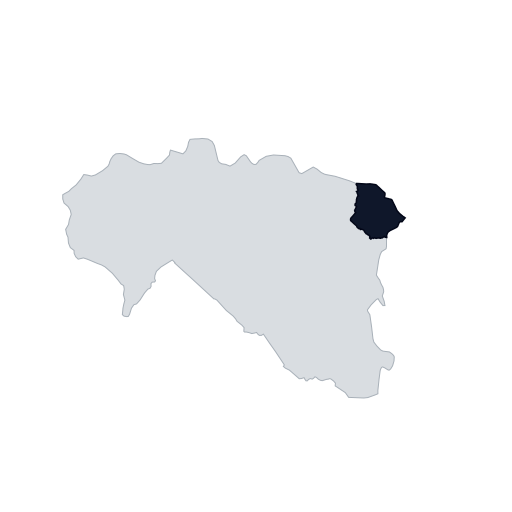 Oudalan, Oudalan, Burkina Faso (highlighted), rotated 43°
{"feature_id": "67063806B71789570765121", "entity_name": "Oudalan", "entity_type": "district", "adm_level": 2, "iso_a3": "BFA", "parent_name": "Burkina Faso", "parent_adm1": "Oudalan", "projection": "mercator", "projection_center": [-0.376, 14.623], "detail": "fine", "context": "in_parent", "style": "filled", "palette": "ink", "viewbox_px": 512, "rotation_deg": 43, "n_neighbors": 0, "source": "geoboundaries", "source_scale": "gbopen_adm2", "svg_char_len": 7439}
<svg xmlns="http://www.w3.org/2000/svg" viewBox="0 0 512 512"><g transform="rotate(43 256 256)"><path d="M370.2,316.3L358.3,316.7L353.9,318.0L351.3,318.1L351.2,317.0L350.9,316.3L335.9,312.7L325.3,310.5L314.7,308.1L314.1,310.3L312.5,311.8L310.2,311.9L308.6,311.5L307.5,313.3L305.8,315.6L303.3,316.7L300.9,318.1L299.5,319.4L298.5,319.4L296.1,316.5L292.8,316.2L286.7,316.7L284.0,315.9L280.3,315.5L271.5,316.1L257.4,314.9L255.1,315.5L254.5,316.1L240.6,316.2L225.2,316.3L212.4,316.5L201.2,316.6L201.2,316.1L197.6,316.0L197.2,317.0L194.0,328.8L193.6,335.1L195.3,339.1L197.2,341.6L199.4,342.7L199.6,344.1L197.9,345.9L198.0,347.8L200.0,349.8L200.5,351.8L199.5,354.0L199.7,359.1L201.2,367.2L201.3,372.5L199.9,374.9L200.5,379.1L203.3,384.9L203.8,387.4L202.8,388.5L200.5,390.0L198.2,390.0L195.5,386.4L194.3,384.9L192.1,381.3L190.2,377.7L187.7,376.1L185.3,374.6L182.3,370.1L179.4,367.9L176.3,368.5L171.8,367.7L162.8,366.6L153.1,366.9L149.1,367.9L145.1,369.6L135.0,373.3L131.1,375.1L128.1,379.6L124.6,379.5L121.2,378.1L119.1,376.0L114.5,376.5L110.0,374.4L105.7,370.5L102.6,369.2L98.6,366.3L97.4,360.8L94.9,357.0L92.5,351.6L89.0,349.2L85.0,348.0L79.5,348.2L75.8,346.1L72.9,343.0L73.7,340.3L75.0,336.4L75.1,332.7L76.0,326.7L75.5,319.2L74.5,313.9L77.5,311.8L81.1,309.8L83.3,306.2L85.6,298.2L86.5,291.3L85.8,288.7L84.7,286.7L83.7,283.7L83.2,280.1L83.8,276.9L86.5,273.9L89.9,271.4L92.3,270.3L98.6,269.0L106.5,267.2L111.1,265.1L114.4,263.0L116.3,261.4L118.2,258.0L121.2,255.4L123.6,252.7L123.9,245.4L123.9,241.2L122.2,238.9L121.2,236.9L132.9,231.1L133.0,227.0L131.4,222.5L129.1,218.8L128.2,215.7L131.5,212.0L134.4,209.2L136.4,206.8L141.1,203.2L145.9,202.2L150.2,203.6L163.1,212.1L165.3,212.6L168.0,212.0L171.3,209.7L175.7,208.0L177.4,202.3L177.2,193.9L178.2,190.0L180.5,189.3L187.9,190.9L189.8,191.0L192.0,190.5L193.5,189.0L193.5,186.3L193.1,183.9L195.5,176.1L199.9,170.2L208.8,162.9L211.6,161.4L214.8,160.7L230.7,165.7L233.3,164.5L237.2,151.9L241.5,150.8L246.7,150.5L250.1,149.5L251.8,148.6L259.4,143.8L272.8,137.4L280.0,134.6L281.4,133.5L286.5,128.9L293.3,123.7L297.7,122.6L303.7,122.2L307.5,123.1L308.5,124.6L309.8,125.3L317.6,123.1L328.9,126.7L338.6,130.2L337.9,132.4L337.9,136.3L337.1,142.6L336.1,150.0L340.1,154.8L344.9,160.0L346.2,162.0L344.9,167.1L345.8,170.1L348.4,175.1L352.7,181.4L357.1,187.9L360.2,188.7L363.1,189.3L364.9,190.4L367.5,191.5L370.1,192.3L372.3,193.7L373.8,195.1L375.6,199.1L380.6,201.7L384.1,204.3L382.7,205.7L378.3,205.1L374.3,204.0L373.7,205.9L373.5,213.2L374.2,219.3L375.2,220.2L379.3,221.3L389.1,229.2L397.9,236.7L400.9,238.6L405.8,239.4L411.3,239.7L413.7,239.0L419.0,235.2L421.9,234.8L424.5,234.9L425.9,235.5L428.5,238.6L430.8,243.2L431.5,246.7L431.3,248.5L430.5,249.2L426.1,250.1L424.2,250.8L423.8,251.8L424.4,254.1L425.3,255.6L430.1,262.3L436.9,271.3L439.1,273.6L437.9,276.3L434.3,283.3L431.7,286.3L420.2,296.2L414.5,295.0L402.5,297.0L400.8,294.8L398.0,294.5L394.5,294.9L393.3,295.7L392.9,296.7L391.7,298.1L389.5,302.0L387.8,303.0L385.6,303.6L383.1,303.6L381.5,304.1L381.5,306.0L381.1,307.7L379.3,308.6L378.6,310.5L378.7,312.3L377.7,313.2L375.4,312.7L374.1,312.2L372.8,314.6L371.3,316.3L370.2,316.3Z" fill="#d9dde1" stroke="#a8b0b8" stroke-width="1"/><path d="M339.0,153.3L337.4,151.8L336.7,150.2L336.3,148.8L336.2,148.3L336.7,145.9L338.3,141.8L339.2,139.3L339.4,137.9L337.8,133.6L338.2,132.4L339.4,131.4L339.4,130.9L339.1,127.0L339.1,126.4L338.3,126.5L337.8,126.5L337.0,126.7L336.1,126.9L335.4,126.8L335.1,126.9L334.1,126.9L332.9,127.0L331.4,127.0L330.3,126.9L329.8,126.8L329.1,126.8L328.6,126.7L328.1,126.7L326.8,126.1L324.2,125.0L324.0,124.9L323.4,124.7L322.4,124.3L322.2,124.2L321.6,124.1L320.9,123.7L320.7,123.6L320.2,123.5L317.8,122.5L317.1,122.3L316.8,122.3L316.0,122.5L314.6,123.4L313.8,123.7L311.1,125.4L310.5,125.6L310.1,125.5L309.8,125.3L309.3,124.5L309.1,124.1L308.1,122.7L307.4,122.1L307.1,122.0L305.1,122.0L304.0,122.1L299.0,122.0L297.1,122.1L296.1,122.0L295.4,122.1L295.2,122.1L294.3,122.6L293.2,123.4L292.1,124.1L291.7,124.4L290.9,125.0L290.4,125.3L289.7,126.0L289.5,126.3L288.9,126.8L287.6,128.2L281.8,132.9L280.4,134.1L280.1,134.4L280.4,135.3L280.7,135.4L280.8,135.4L281.0,135.5L281.1,135.4L281.3,135.4L281.6,135.4L281.9,135.6L282.0,135.8L282.3,135.8L282.6,135.9L282.8,136.1L283.1,136.3L283.4,136.7L283.4,136.8L283.5,137.0L283.9,137.3L284.1,137.3L284.2,137.6L284.3,137.8L284.9,137.9L285.1,137.9L285.2,138.0L285.4,138.1L285.5,138.2L285.8,138.2L286.0,138.2L286.0,138.3L286.0,138.5L285.9,138.7L285.9,139.0L286.0,139.2L285.8,139.5L285.7,139.8L285.7,140.0L285.5,140.3L285.8,140.4L286.2,140.2L286.4,140.3L286.6,140.5L286.8,140.5L286.9,140.8L287.1,141.0L287.3,141.1L287.8,141.3L288.1,141.4L288.2,141.5L288.4,141.5L288.6,141.6L288.8,141.8L289.0,142.0L289.4,142.2L289.5,142.2L289.4,142.3L289.5,142.5L289.6,143.0L289.8,143.3L289.8,143.5L289.9,143.9L289.9,144.0L290.0,144.1L290.3,144.4L290.3,144.6L290.2,144.8L290.3,145.0L290.5,145.3L290.7,145.5L290.8,145.6L290.9,146.1L291.2,146.4L291.8,146.8L291.7,147.0L291.8,147.2L291.9,147.4L292.0,147.5L292.3,147.7L292.4,147.8L292.5,147.9L292.7,148.0L292.7,148.3L292.9,148.4L293.0,148.5L293.1,148.8L293.1,149.0L293.2,149.3L293.2,149.5L293.0,149.9L293.0,150.1L293.0,150.3L293.1,150.5L293.3,150.7L293.4,150.8L293.4,150.7L293.5,150.8L293.8,151.0L294.0,151.2L294.1,151.3L294.3,151.3L294.4,151.2L295.0,151.3L295.4,151.4L295.6,151.4L295.8,151.3L296.0,151.5L296.1,152.0L296.3,153.0L296.8,154.3L296.9,154.8L296.9,155.1L297.1,155.1L297.3,155.4L297.6,155.5L297.9,156.0L298.1,156.0L298.3,156.1L298.5,156.2L298.8,156.2L299.1,156.1L299.3,156.3L299.6,161.7L299.5,162.6L299.5,163.0L299.6,163.3L299.8,164.2L300.1,164.6L300.4,165.0L300.7,165.3L301.1,165.5L301.4,165.6L302.1,165.5L303.4,165.5L306.0,165.5L308.3,165.4L308.9,165.4L309.1,165.4L309.6,165.7L309.8,165.8L310.0,165.9L310.7,166.0L312.4,165.9L312.5,165.9L312.9,165.5L313.0,165.4L313.2,165.1L313.3,165.2L313.6,165.2L313.6,165.3L313.8,165.3L314.1,165.3L314.3,165.4L314.5,165.2L314.7,164.6L314.8,164.5L314.9,164.4L315.0,164.4L315.2,164.2L315.4,164.2L315.5,164.2L316.0,164.0L316.2,163.8L316.6,163.6L316.8,163.6L317.2,163.6L317.8,163.8L318.3,164.0L318.8,164.2L319.2,164.3L319.6,164.3L320.1,164.4L320.6,164.4L320.8,164.5L321.1,164.6L321.3,164.6L321.5,164.4L321.9,164.4L322.1,164.4L322.3,164.3L322.6,164.2L322.9,164.2L323.0,164.2L323.3,164.1L323.5,164.2L323.8,164.0L323.9,163.9L324.0,163.9L324.4,163.9L324.7,163.9L324.9,163.7L325.0,163.7L325.1,163.8L325.2,163.7L325.3,163.7L325.4,163.8L325.6,164.0L325.9,164.1L326.1,164.3L326.2,164.5L326.3,164.5L326.5,164.5L326.6,164.8L326.9,165.0L326.9,165.3L327.0,165.3L327.5,165.4L327.8,165.2L327.9,165.3L328.0,165.3L328.4,165.3L328.4,165.1L328.5,165.0L328.5,164.9L328.6,164.6L328.7,164.3L328.7,164.1L328.8,163.9L328.8,163.6L328.8,163.3L328.8,163.2L329.1,163.1L329.4,162.9L329.6,162.9L329.8,162.9L330.0,162.9L330.1,162.6L330.1,162.4L330.2,162.2L330.2,161.9L330.3,161.9L330.4,161.6L330.5,161.6L330.8,161.5L331.4,161.4L331.6,161.3L331.8,161.2L332.0,160.9L332.2,160.6L332.4,160.3L332.9,159.7L333.0,159.6L333.1,159.4L333.3,159.3L333.3,159.2L333.4,158.8L333.5,158.6L333.8,158.6L334.0,158.6L334.3,158.6L334.5,158.5L334.6,158.4L334.8,158.3L335.0,158.1L334.9,157.9L334.9,157.7L335.0,157.6L335.3,157.4L335.5,157.1L335.5,156.9L336.0,156.6L336.1,156.4L336.1,155.9L336.2,155.6L336.2,155.3L336.2,154.7L336.3,154.5L336.4,154.2L336.6,154.2L336.9,154.2L337.1,154.2L337.3,154.3L337.7,154.1L337.8,154.1L338.3,153.7L338.5,153.7L338.8,153.5L338.9,153.4L339.0,153.3Z" fill="#0f172a" stroke="#020617" stroke-width="1.5"/></g></svg>